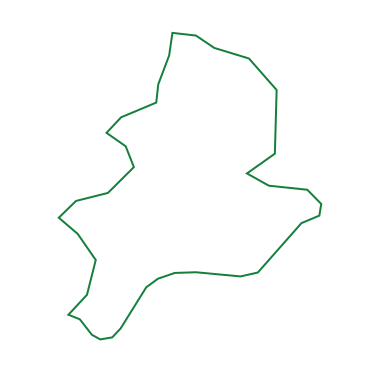 outline of Ciblas, rotated 96°
{"feature_id": "LVA-5745", "entity_name": "Ciblas", "entity_type": "Municipality", "adm_level": 1, "iso_a3": "LVA", "parent_name": "Latvia", "parent_adm1": "", "projection": "albers", "projection_center": [27.868, 56.613], "detail": "fine", "context": "isolated", "style": "outline", "palette": "green", "viewbox_px": 384, "rotation_deg": 96, "n_neighbors": 0, "source": "natural_earth", "source_scale": "10m", "svg_char_len": 609}
<svg xmlns="http://www.w3.org/2000/svg" viewBox="0 0 384 384"><g transform="rotate(96 192 192)"><path d="M202.2,62.9L211.5,79.9L265.2,118.1L270.9,135.0L271.4,179.7L274.3,200.7L281.8,216.8L291.5,227.5L335.3,248.8L344.9,256.1L348.2,267.8L344.5,276.6L330.3,290.3L327.0,302.1L305.2,285.7L269.7,280.6L245.7,301.2L231.5,321.8L213.0,306.4L201.7,275.5L173.3,252.4L153.5,262.7L142.1,283.2L125.1,270.3L106.8,236.9L88.4,236.8L58.7,229.0L35.8,228.1L36.0,204.5L46.4,184.9L53.3,149.3L81.7,118.5L145.2,113.6L167.8,139.3L177.7,116.2L177.7,77.6L190.4,62.2L202.2,62.9Z" fill="none" stroke="#15803d" stroke-width="2"/></g></svg>